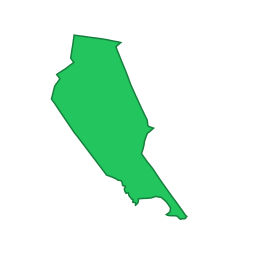 the district of Samarra, Sala ad-Din, Iraq, rotated 53°
{"feature_id": "34846034B32095770002268", "entity_name": "Samarra", "entity_type": "district", "adm_level": 2, "iso_a3": "IRQ", "parent_name": "Iraq", "parent_adm1": "Sala ad-Din", "projection": "mercator", "projection_center": [43.854, 34.328], "detail": "fine", "context": "isolated", "style": "filled", "palette": "green", "viewbox_px": 256, "rotation_deg": 53, "n_neighbors": 0, "source": "geoboundaries", "source_scale": "gbopen_adm2", "svg_char_len": 2404}
<svg xmlns="http://www.w3.org/2000/svg" viewBox="0 0 256 256"><g transform="rotate(53 128 128)"><path d="M143.5,107.7L142.9,108.1L139.2,110.6L138.1,110.5L137.2,110.3L136.0,109.4L134.9,108.9L133.2,107.9L131.2,107.5L127.2,106.8L124.2,106.1L121.3,105.6L117.8,104.8L112.3,103.6L106.7,102.4L102.9,101.5L95.7,99.9L88.7,97.8L81.9,95.8L69.1,92.5L67.4,92.0L64.0,91.1L56.0,88.9L55.6,86.4L55.6,85.0L55.4,82.3L54.0,83.5L52.5,84.8L49.5,87.6L45.0,91.5L40.9,95.4L38.7,97.6L32.5,104.0L27.5,108.9L24.8,111.8L21.4,115.1L28.6,122.3L32.2,126.1L36.8,130.8L37.8,131.8L43.0,131.8L43.0,139.7L43.1,141.6L42.9,144.2L42.7,147.0L42.5,149.6L42.4,152.8L47.6,152.7L49.1,156.8L49.6,159.1L50.3,160.6L50.7,161.7L51.4,162.5L53.4,165.0L58.8,171.7L65.1,171.8L71.2,172.2L99.8,173.7L104.3,173.5L114.9,173.5L150.6,173.4L152.5,173.5L153.7,172.8L154.6,172.2L156.2,171.1L158.0,170.0L159.1,169.4L160.3,168.7L161.6,168.1L163.0,167.6L163.6,167.4L165.2,165.9L166.0,165.2L167.0,165.2L167.4,165.3L167.9,165.5L168.5,165.8L169.6,166.2L170.2,166.8L171.1,166.7L171.7,166.2L172.4,165.5L172.6,165.4L172.8,165.3L173.3,165.3L173.6,165.7L174.0,167.0L174.2,167.3L174.7,167.8L176.7,168.6L177.5,168.7L178.5,168.9L179.2,168.7L179.4,168.1L179.3,167.6L179.4,167.3L179.5,167.1L179.8,166.8L180.2,166.8L180.8,167.0L181.6,167.5L181.9,167.6L182.5,167.9L183.7,168.0L185.1,167.8L186.1,167.9L186.9,168.0L187.3,167.5L187.8,167.1L188.4,167.1L188.9,167.4L189.0,167.8L189.4,168.1L189.7,168.7L190.1,168.7L190.6,168.7L191.0,167.9L191.4,167.5L191.8,167.2L192.3,167.2L192.5,167.3L193.1,167.5L193.3,167.6L193.7,168.2L194.2,168.4L194.2,167.8L193.9,166.2L193.7,165.0L192.7,163.8L190.8,162.3L191.3,161.6L192.9,159.0L195.3,155.5L197.8,151.6L198.6,149.3L199.3,147.0L199.4,146.9L201.0,145.6L203.1,143.5L203.6,143.3L204.7,142.9L206.7,142.5L209.3,141.9L211.4,141.8L214.1,141.9L217.4,142.2L218.7,143.4L219.8,144.3L220.0,144.9L220.3,146.2L220.3,147.7L220.2,149.5L221.6,148.9L223.4,147.1L224.8,145.3L226.5,143.1L228.1,141.7L230.9,141.5L232.1,141.1L232.7,140.7L233.0,139.3L233.9,138.4L234.6,137.3L234.6,136.2L234.3,135.3L233.9,134.2L232.8,134.6L231.7,134.6L228.1,134.4L222.0,134.3L215.3,134.1L209.5,134.1L194.9,133.7L193.5,133.7L186.7,133.4L180.2,133.0L177.0,132.8L175.0,132.7L169.3,132.9L166.6,133.0L156.6,132.7L155.0,130.3L154.5,129.7L153.8,128.6L151.0,125.3L148.3,122.5L146.6,120.1L145.5,118.3L143.8,115.5L144.0,113.9L143.5,107.7Z" fill="#22c55e" stroke="#15803d" stroke-width="1.5"/></g></svg>